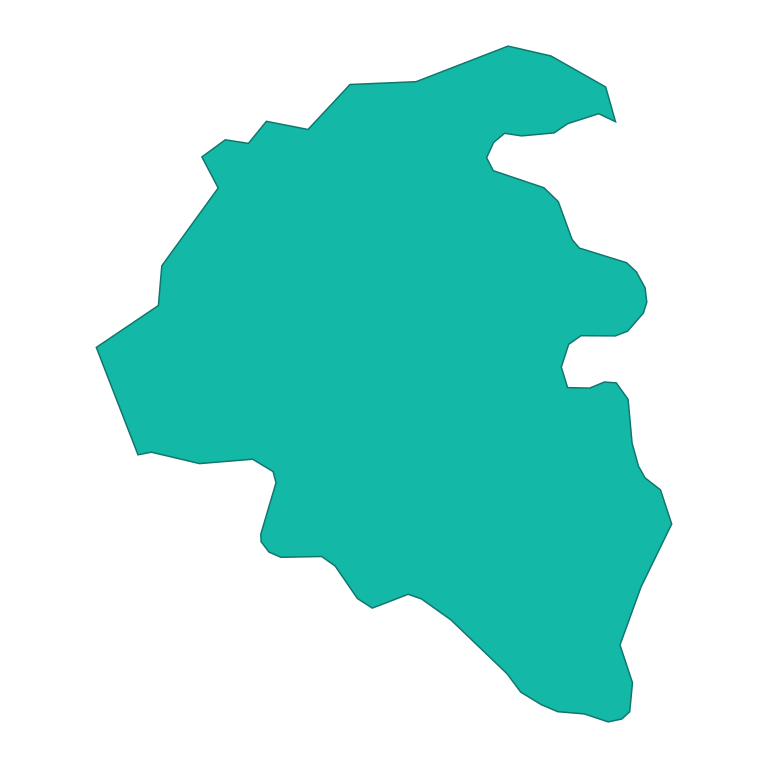 outline of Markhamat, Andijon, Uzbekistan
{"feature_id": "79887680B89624246820139", "entity_name": "Markhamat", "entity_type": "district", "adm_level": 2, "iso_a3": "UZB", "parent_name": "Uzbekistan", "parent_adm1": "Andijon", "projection": "equal_earth", "projection_center": [72.343, 40.524], "detail": "fine", "context": "isolated", "style": "filled", "palette": "teal", "viewbox_px": 768, "rotation_deg": 0, "n_neighbors": 0, "source": "geoboundaries", "source_scale": "gbopen_adm2", "svg_char_len": 1038}
<svg xmlns="http://www.w3.org/2000/svg" viewBox="0 0 768 768"><path d="M138.0,454.8L151.3,452.2L199.6,463.6L252.6,459.2L273.1,471.6L276.0,482.8L260.8,534.2L261.1,541.7L269.0,552.1L281.0,557.3L321.7,556.5L335.2,566.1L357.5,598.6L372.3,608.1L408.1,594.3L421.4,598.9L450.9,619.9L507.1,673.8L520.8,692.2L541.3,704.7L557.8,711.7L584.1,713.9L608.2,721.9L621.8,719.0L629.7,711.8L632.5,682.8L620.0,645.0L641.0,587.0L671.7,524.0L660.5,489.9L645.1,477.9L638.5,466.2L632.1,443.2L628.1,399.4L616.3,382.9L604.4,382.0L589.6,388.1L567.6,387.6L561.3,367.1L568.7,344.3L580.9,335.7L615.4,335.9L627.7,331.1L643.4,313.0L646.8,302.2L645.1,287.9L636.4,271.9L626.7,262.8L579.2,248.0L572.1,239.5L558.3,201.7L544.0,187.8L493.3,170.7L486.6,157.7L493.6,142.5L504.6,133.3L521.6,135.9L554.1,132.9L567.6,123.7L598.6,113.7L615.5,121.7L605.7,87.0L551.0,56.0L508.0,46.1L416.0,81.7L350.0,84.5L308.0,129.5L266.4,121.3L248.4,143.4L225.3,139.8L201.9,156.9L218.2,188.0L161.8,265.8L158.4,305.5L96.3,347.4L138.0,454.8Z" fill="#14b8a6" stroke="#0f766e" stroke-width="1.5"/></svg>